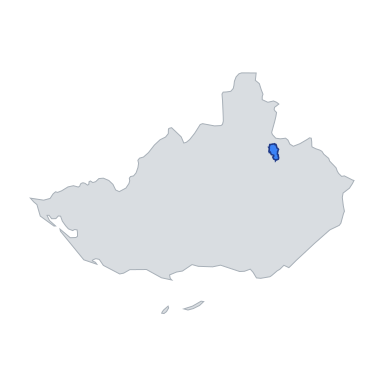 Guajiquiro, La Paz, Honduras shown in context, rotated 184°
{"feature_id": "27666195B37681585704124", "entity_name": "Guajiquiro", "entity_type": "district", "adm_level": 2, "iso_a3": "HND", "parent_name": "Honduras", "parent_adm1": "La Paz", "projection": "equal_earth", "projection_center": [-87.784, 14.092], "detail": "fine", "context": "in_parent", "style": "filled", "palette": "blue", "viewbox_px": 384, "rotation_deg": 184, "n_neighbors": 0, "source": "geoboundaries", "source_scale": "gbopen_adm2", "svg_char_len": 4641}
<svg xmlns="http://www.w3.org/2000/svg" viewBox="0 0 384 384"><g transform="rotate(184 192 192)"><path d="M352.8,174.6L339.4,173.5L333.1,175.7L330.4,180.5L328.1,182.7L326.1,182.2L322.1,184.1L316.1,188.4L310.7,190.0L305.8,189.0L304.4,190.0L304.0,191.5L303.3,192.8L301.4,193.6L299.3,193.2L296.8,191.6L295.5,192.3L295.4,195.1L294.1,195.9L291.6,194.5L288.8,195.6L285.8,198.9L281.4,199.6L275.8,197.7L271.4,194.1L268.3,188.7L264.6,187.3L258.2,191.3L255.5,196.0L254.9,198.8L255.5,201.4L254.4,203.1L251.4,204.0L249.1,207.2L247.6,212.7L247.3,216.9L248.2,219.9L246.7,222.1L242.8,223.5L238.2,228.2L232.8,236.2L227.5,241.9L222.2,245.0L219.7,248.6L219.9,252.5L219.6,253.7L218.5,254.2L216.8,254.7L206.6,246.2L203.6,240.3L201.1,241.2L197.9,244.2L193.4,250.8L188.5,259.9L186.2,260.9L174.1,259.5L167.7,260.3L166.3,261.6L165.7,264.9L166.1,269.3L167.9,285.2L168.9,291.8L167.9,293.8L164.7,294.2L160.4,295.1L158.1,298.1L157.6,301.2L157.4,305.5L156.0,310.0L153.4,313.2L150.8,314.3L136.3,315.2L136.6,307.8L132.4,304.8L130.0,298.7L128.0,294.5L128.6,292.0L128.4,289.0L122.6,286.8L117.0,288.5L113.9,287.4L111.5,285.8L115.6,282.2L115.8,279.9L114.5,278.3L113.2,277.3L113.6,273.1L114.4,268.3L116.7,256.9L115.8,254.9L112.2,251.5L107.5,251.2L102.4,252.2L99.9,250.5L97.7,246.6L94.1,244.7L87.6,247.8L80.7,252.5L78.6,254.2L76.8,254.0L76.1,250.5L75.7,246.3L75.3,245.3L71.6,243.8L67.4,242.7L65.2,241.6L63.1,238.8L58.0,235.1L56.8,232.4L50.0,226.2L48.6,223.1L47.1,220.8L43.8,218.0L41.2,218.7L32.6,215.1L31.2,214.8L32.5,211.7L35.2,206.8L41.2,201.5L41.7,197.1L40.1,188.8L38.6,183.4L39.4,181.0L41.3,171.3L42.8,169.0L51.4,164.1L52.2,163.5L59.0,156.6L66.5,149.0L74.3,140.6L83.1,131.2L87.9,125.7L90.1,123.3L95.2,125.3L99.1,120.9L101.4,119.4L106.8,114.1L108.4,112.9L117.4,110.7L121.7,110.8L125.5,116.2L128.5,119.1L134.1,116.6L138.9,116.0L158.4,121.0L166.2,118.8L180.5,118.3L186.9,119.6L196.0,112.5L201.8,111.1L208.6,107.7L207.7,104.3L206.0,102.8L216.5,104.3L232.0,111.5L248.6,110.2L254.5,106.3L258.4,105.2L275.3,112.6L279.8,118.3L283.3,118.8L286.0,117.5L286.7,116.4L283.4,115.1L281.9,113.3L295.2,116.8L320.5,143.7L321.1,145.8L310.3,137.9L304.6,138.5L303.1,139.8L303.5,144.1L304.0,146.2L306.5,146.4L308.3,145.2L312.7,146.6L315.7,149.5L319.3,153.9L321.4,158.7L323.7,158.8L326.0,155.9L330.2,155.6L333.0,158.8L335.0,158.6L332.2,153.6L325.7,148.6L327.3,148.4L341.7,157.4L345.8,168.6L349.2,171.1L352.8,174.6ZM183.5,78.2L175.3,83.7L172.7,83.5L176.5,79.4L182.6,75.8L187.8,74.0L192.0,74.8L183.5,78.2ZM211.9,72.5L207.9,76.5L207.2,74.7L209.1,70.9L211.5,68.8L213.8,69.0L213.2,70.6L211.9,72.5Z" fill="#d9dde1" stroke="#a8b0b8" stroke-width="1"/><path d="M113.9,232.5L113.7,232.2L112.9,230.6L112.1,230.4L111.0,229.9L111.0,229.6L110.9,229.0L110.7,229.3L110.5,229.5L110.4,229.7L110.4,229.8L110.3,230.0L110.2,230.1L109.9,230.2L109.7,230.0L109.4,230.1L109.2,230.2L108.9,230.3L108.1,230.8L108.1,231.5L107.9,231.8L107.9,232.1L108.0,232.2L108.1,233.0L108.4,233.3L108.4,233.5L108.5,233.5L108.5,233.8L108.4,233.8L108.5,235.0L108.9,235.0L109.0,235.1L109.2,235.3L109.3,235.4L109.4,235.5L109.4,235.9L109.4,236.0L109.5,236.3L109.4,236.4L109.4,236.5L109.4,236.8L109.3,237.0L109.3,237.3L109.4,237.5L109.5,237.7L109.5,237.8L109.5,238.0L109.4,238.1L109.4,238.3L109.2,238.4L109.2,238.5L109.3,238.6L109.2,238.7L109.2,238.8L109.1,239.0L109.1,239.3L109.0,239.5L108.9,239.8L108.9,240.0L108.9,240.3L108.8,240.5L108.7,240.6L108.8,240.7L108.9,240.8L109.0,240.9L109.1,241.0L109.3,241.4L109.6,241.5L109.8,241.6L110.0,241.7L110.3,241.8L110.4,242.1L110.5,242.4L110.6,242.5L110.7,242.9L110.7,243.0L110.8,243.1L110.8,243.3L110.8,243.5L111.0,243.7L111.0,243.9L111.1,244.0L111.1,244.3L111.3,244.5L111.3,244.8L111.5,245.0L111.6,245.3L111.8,245.4L112.0,245.0L112.0,244.9L112.3,244.9L112.3,245.0L112.5,245.1L112.6,245.3L112.9,245.5L113.0,245.5L113.1,245.8L113.3,245.7L113.5,245.6L113.8,245.5L114.0,245.6L114.3,245.6L114.6,245.5L114.8,245.5L114.9,245.4L115.0,245.4L115.3,245.4L115.4,245.2L115.5,245.2L117.4,244.8L117.6,244.8L117.6,244.7L117.8,244.5L117.8,244.4L117.8,244.2L117.7,244.1L117.8,244.0L117.8,243.9L117.8,243.7L118.0,243.3L118.0,243.2L117.9,243.0L117.9,242.9L118.0,242.8L118.1,242.7L118.2,242.4L118.2,242.1L118.2,241.9L118.1,241.7L118.3,241.7L118.2,241.6L118.2,241.4L118.2,241.2L118.0,240.9L118.0,240.7L118.0,240.4L117.9,240.3L117.9,240.2L118.0,240.2L118.0,239.9L118.0,239.6L118.0,239.4L117.9,239.3L117.9,239.2L118.0,239.3L118.0,239.2L118.0,238.9L117.9,238.7L118.0,238.6L118.0,238.4L118.1,238.2L118.1,238.3L118.2,238.2L118.1,237.8L118.0,237.6L117.8,237.2L117.7,237.0L117.7,236.9L117.6,236.7L116.7,237.3L115.5,234.8L114.4,234.7L113.0,234.3L113.0,233.2L113.9,232.5Z" fill="#3b82f6" stroke="#1e3a8a" stroke-width="1.5"/></g></svg>